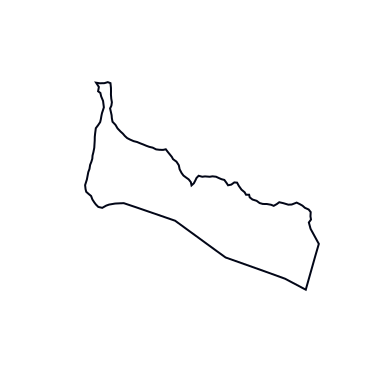 Algodão de Jandaíra, Paraíba, Brazil, rotated 237°
{"feature_id": "56859067B49071787893011", "entity_name": "Algodão de Jandaíra", "entity_type": "district", "adm_level": 2, "iso_a3": "BRA", "parent_name": "Brazil", "parent_adm1": "Paraíba", "projection": "albers", "projection_center": [-35.92, -6.887], "detail": "fine", "context": "isolated", "style": "outline", "palette": "ink", "viewbox_px": 384, "rotation_deg": 237, "n_neighbors": 0, "source": "geoboundaries", "source_scale": "gbopen_adm2", "svg_char_len": 1900}
<svg xmlns="http://www.w3.org/2000/svg" viewBox="0 0 384 384"><g transform="rotate(237 192 192)"><path d="M327.6,168.1L325.0,169.1L321.7,167.9L316.8,167.0L313.5,165.4L311.0,164.2L309.1,161.9L307.2,159.5L305.2,157.5L302.6,155.1L300.6,153.0L299.2,149.7L297.9,146.1L293.8,142.6L291.2,140.5L288.1,138.4L284.6,135.8L282.3,134.1L279.1,131.0L276.7,128.4L274.2,126.5L272.1,124.0L270.2,121.3L267.2,118.6L265.2,115.9L262.5,113.3L259.8,110.7L256.0,106.1L252.4,104.3L249.8,103.4L246.8,104.2L243.6,105.2L240.0,104.4L236.5,104.4L233.8,104.6L230.5,105.3L227.6,108.1L227.3,112.7L226.6,115.6L224.2,121.2L222.0,125.0L219.8,128.7L209.1,137.2L177.1,162.2L129.4,180.4L118.8,184.5L85.8,209.8L68.6,222.8L48.1,234.2L71.4,260.8L79.4,270.1L96.6,271.4L102.8,273.4L104.1,276.8L107.1,278.1L110.5,280.6L113.8,280.3L117.2,278.1L120.4,277.2L122.9,275.9L126.1,274.0L127.2,268.8L128.9,265.9L132.9,262.5L135.9,259.6L135.7,256.5L135.9,253.0L138.3,251.3L141.1,248.3L143.4,244.9L145.9,242.7L149.4,241.4L152.8,238.6L156.1,237.5L158.6,238.4L160.3,235.8L163.1,236.0L167.0,234.8L171.7,234.6L175.3,234.9L177.0,232.7L176.8,229.0L178.0,225.9L180.7,225.9L184.5,225.7L186.7,223.7L189.1,222.1L191.7,220.5L194.0,217.7L195.1,215.2L198.0,211.4L199.2,208.9L202.0,206.4L201.3,203.4L199.8,201.0L198.3,198.3L197.8,195.2L200.9,196.4L204.4,196.1L206.9,195.1L210.4,193.8L213.6,193.6L217.8,194.0L221.6,195.5L225.9,195.5L229.8,194.0L232.5,194.2L235.3,193.9L239.1,193.5L242.1,193.3L243.1,190.6L245.2,187.6L247.3,185.1L250.6,183.2L253.1,180.8L255.6,178.9L258.4,177.0L261.0,175.1L263.8,173.2L266.5,170.7L269.7,168.6L272.5,167.0L275.5,166.2L278.6,165.8L281.6,165.0L285.9,164.2L290.0,164.4L294.2,163.6L297.6,165.0L300.2,166.4L303.4,167.6L306.7,168.8L308.3,171.4L310.9,173.7L314.2,175.1L317.9,177.1L320.4,178.8L323.4,180.7L327.7,182.9L330.0,181.2L331.0,177.8L333.4,173.9L335.9,171.1L330.8,171.1L327.6,168.1Z" fill="none" stroke="#020617" stroke-width="2"/></g></svg>